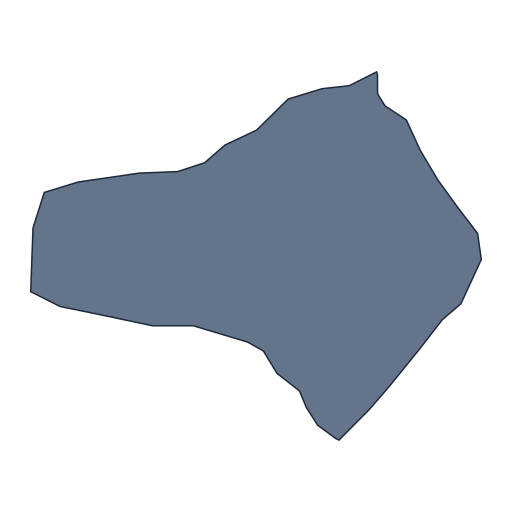 Sundbyberg, Stockholm, Sweden (Natural Earth projection)
{"feature_id": "70781695B91357499899745", "entity_name": "Sundbyberg", "entity_type": "district", "adm_level": 2, "iso_a3": "SWE", "parent_name": "Sweden", "parent_adm1": "Stockholm", "projection": "natural_earth1", "projection_center": [17.96, 59.375], "detail": "fine", "context": "isolated", "style": "filled", "palette": "slate", "viewbox_px": 512, "rotation_deg": 0, "n_neighbors": 0, "source": "geoboundaries", "source_scale": "gbopen_adm2", "svg_char_len": 600}
<svg xmlns="http://www.w3.org/2000/svg" viewBox="0 0 512 512"><path d="M339.0,440.1L369.3,409.5L387.8,388.2L419.3,349.4L442.4,319.6L460.9,303.8L481.3,259.5L477.6,233.4L458.1,207.9L437.8,179.9L420.2,150.2L406.3,119.9L385.0,105.9L377.6,93.8L377.5,74.6L376.6,71.9L349.2,85.7L322.1,88.7L288.2,99.0L256.6,130.1L225.0,145.0L204.7,162.7L177.6,171.6L139.2,173.1L78.2,182.0L44.3,192.4L33.0,227.9L30.7,291.7L60.1,306.5L96.2,313.9L152.7,325.8L193.4,325.8L247.6,342.1L263.4,351.0L276.9,373.3L299.5,391.0L306.3,407.4L317.6,425.2L335.7,438.5L339.0,440.1Z" fill="#64748b" stroke="#1e293b" stroke-width="1.5"/></svg>